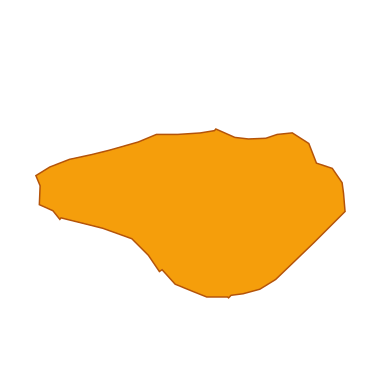 the district of Gnesta, Södermanland, Sweden, rotated 135°
{"feature_id": "70781695B66296838510215", "entity_name": "Gnesta", "entity_type": "district", "adm_level": 2, "iso_a3": "SWE", "parent_name": "Sweden", "parent_adm1": "Södermanland", "projection": "mercator", "projection_center": [17.173, 59.086], "detail": "fine", "context": "isolated", "style": "filled", "palette": "amber", "viewbox_px": 384, "rotation_deg": 135, "n_neighbors": 0, "source": "geoboundaries", "source_scale": "gbopen_adm2", "svg_char_len": 678}
<svg xmlns="http://www.w3.org/2000/svg" viewBox="0 0 384 384"><g transform="rotate(135 192 192)"><path d="M241.0,91.3L237.4,91.3L227.8,83.9L212.8,75.3L194.7,71.0L141.3,70.0L97.5,70.0L97.4,70.2L85.8,83.9L79.3,92.4L76.1,109.5L83.6,124.4L75.1,143.7L79.3,162.9L91.1,172.5L101.8,177.8L114.6,189.6L123.1,200.3L130.6,219.7L132.7,219.5L144.5,228.0L161.6,243.0L176.5,257.9L194.7,265.4L221.4,280.3L237.4,290.0L255.5,301.7L274.8,310.2L290.8,314.0L295.0,303.8L308.9,291.0L303.6,277.1L304.8,266.1L302.9,266.3L280.8,229.5L267.6,201.5L267.6,178.1L271.3,158.8L268.1,158.2L269.1,138.7L261.5,120.6L255.8,107.3L241.1,92.6L241.0,91.3Z" fill="#f59e0b" stroke="#b45309" stroke-width="1.5"/></g></svg>